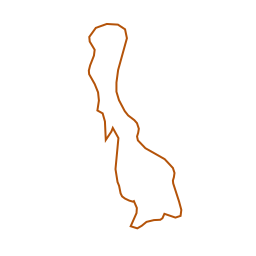 the border of Mayaguana, rotated 239°
{"feature_id": "BHS-5037", "entity_name": "Mayaguana", "entity_type": "District", "adm_level": 1, "iso_a3": "BHS", "parent_name": "The Bahamas", "parent_adm1": "", "projection": "robinson", "projection_center": [-72.982, 22.374], "detail": "fine", "context": "isolated", "style": "outline", "palette": "amber", "viewbox_px": 256, "rotation_deg": 239, "n_neighbors": 0, "source": "natural_earth", "source_scale": "10m", "svg_char_len": 901}
<svg xmlns="http://www.w3.org/2000/svg" viewBox="0 0 256 256"><g transform="rotate(239 128 128)"><path d="M38.7,133.9L30.3,131.5L25.6,127.8L26.8,122.5L35.7,115.0L32.9,111.0L32.7,108.4L35.7,102.8L38.0,95.5L37.1,89.4L37.2,84.3L42.4,79.7L50.7,91.5L54.9,94.4L62.3,95.4L62.3,94.3L65.1,91.7L69.0,89.1L72.4,87.7L75.8,88.0L83.1,90.6L87.1,91.2L99.2,96.1L124.3,114.6L135.9,115.0L133.5,111.9L129.2,102.8L145.5,111.6L153.6,113.8L158.8,110.8L166.5,117.2L174.0,120.7L182.8,122.1L194.1,122.4L197.4,124.0L201.2,127.8L207.6,136.1L212.2,139.7L221.8,139.7L226.0,141.7L230.4,152.0L228.1,163.4L221.8,172.6L214.1,176.3L205.5,173.3L182.8,149.4L172.9,141.5L165.1,136.8L156.5,134.6L144.2,133.9L138.7,134.6L131.4,137.5L127.5,138.2L121.8,136.9L118.6,134.2L116.1,131.4L112.3,130.1L101.7,132.5L82.4,143.4L70.6,145.9L65.5,144.7L62.2,142.0L59.8,139.4L57.2,138.2L38.7,133.9Z" fill="none" stroke="#b45309" stroke-width="2"/></g></svg>